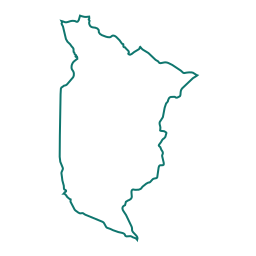 Adamaoua, Robinson projection, rotated 91°
{"feature_id": "CMR-1482", "entity_name": "Adamaoua", "entity_type": "Province", "adm_level": 1, "iso_a3": "CMR", "parent_name": "Cameroon", "parent_adm1": "", "projection": "robinson", "projection_center": [13.021, 7.091], "detail": "fine", "context": "isolated", "style": "outline", "palette": "teal", "viewbox_px": 256, "rotation_deg": 91, "n_neighbors": 0, "source": "natural_earth", "source_scale": "10m", "svg_char_len": 4169}
<svg xmlns="http://www.w3.org/2000/svg" viewBox="0 0 256 256"><g transform="rotate(91 128 128)"><path d="M55.9,105.4L59.4,101.6L60.8,99.1L61.7,98.4L62.4,97.7L62.6,96.5L61.8,92.8L61.7,91.5L61.9,90.1L62.3,88.8L64.2,84.8L69.7,76.2L71.8,73.8L72.1,72.9L71.9,71.8L71.6,70.3L71.3,67.9L71.3,65.5L71.6,64.0L73.8,60.4L74.1,59.6L74.7,60.3L77.0,63.9L87.5,74.6L88.8,75.4L90.0,75.8L91.4,76.0L93.4,76.1L94.2,76.2L95.1,76.5L95.6,77.1L96.7,79.2L96.8,79.9L96.8,80.5L96.5,81.1L96.1,81.6L96.0,82.3L96.1,83.7L96.2,85.6L96.6,86.6L97.1,87.2L97.8,87.7L99.1,88.2L99.8,88.5L100.4,88.5L101.7,89.3L102.7,90.3L107.1,91.7L115.9,93.2L116.7,93.4L121.4,96.3L122.2,96.5L123.0,96.5L124.2,96.3L125.5,95.9L127.1,95.6L129.9,95.8L130.3,95.0L130.5,92.6L130.6,91.8L130.8,91.3L131.3,90.6L131.7,89.9L132.3,89.5L136.2,90.5L137.7,91.7L138.2,92.5L139.1,93.4L140.1,94.0L141.3,94.6L144.2,96.7L144.9,96.9L145.5,96.6L146.2,95.8L146.7,95.3L148.7,94.5L149.3,94.2L150.6,93.3L151.4,92.9L152.4,92.7L153.2,92.8L154.5,93.3L155.1,93.4L155.8,93.3L162.1,91.7L163.3,91.6L164.0,91.7L164.6,92.5L164.7,95.2L165.1,95.8L165.7,96.3L167.1,96.7L176.7,97.9L177.2,98.2L177.6,98.7L178.1,100.9L178.3,101.6L178.6,102.1L178.9,102.5L181.2,104.5L181.8,105.1L182.1,105.7L182.2,106.7L183.3,108.7L186.2,112.2L187.2,113.1L187.9,113.5L188.7,114.3L189.5,116.3L189.7,119.7L189.6,120.5L189.4,121.3L189.5,122.3L190.0,122.9L190.6,123.2L191.2,123.4L192.6,123.4L196.6,123.0L197.3,123.1L198.1,123.4L198.9,124.0L199.5,124.8L200.1,125.8L200.4,126.6L201.8,128.8L205.2,129.6L206.0,131.0L206.4,131.4L207.1,131.9L207.8,132.1L208.4,132.2L209.0,132.0L209.7,131.9L210.3,131.6L211.0,131.2L215.1,128.4L226.5,122.7L227.4,122.4L228.3,122.2L229.1,122.2L230.4,122.1L231.2,121.7L232.0,121.2L235.4,117.9L236.6,117.0L237.5,116.7L238.2,116.6L238.9,116.7L239.3,116.9L239.4,117.0L239.5,117.0L238.2,118.2L237.2,121.2L236.4,122.6L236.2,123.3L236.1,123.9L236.4,127.5L236.2,128.1L235.8,128.8L234.5,129.4L234.0,129.8L233.4,130.8L233.0,132.0L232.2,135.9L230.4,141.3L229.2,143.9L228.3,146.7L227.9,147.6L227.2,148.2L223.9,150.1L223.0,150.7L222.3,151.7L221.7,153.2L215.4,169.3L214.0,171.5L213.9,172.2L214.1,173.6L214.2,174.3L214.0,175.0L213.5,176.1L211.4,179.1L210.6,179.9L202.7,184.2L200.4,184.1L200.0,185.1L199.1,186.3L197.5,188.1L196.7,188.3L195.4,189.7L194.7,190.5L194.8,190.7L194.8,191.1L194.7,191.0L193.5,190.3L192.6,189.0L192.1,188.8L191.6,188.9L191.2,189.3L191.0,189.7L190.7,190.2L190.4,190.7L189.6,191.0L186.8,191.2L181.6,192.7L178.7,193.1L174.2,193.8L173.2,193.6L170.5,192.5L169.6,192.4L168.8,192.6L163.0,195.1L158.0,195.8L136.4,196.0L109.7,196.0L95.6,196.0L89.9,195.8L88.6,195.2L88.4,194.8L88.0,194.2L87.1,193.1L86.8,192.7L86.7,192.2L86.5,191.5L86.3,190.9L85.9,190.2L85.3,189.6L78.3,183.8L77.4,183.4L76.3,183.1L74.2,183.1L73.1,183.4L72.2,183.8L70.9,184.7L70.3,185.1L69.7,185.3L69.0,185.5L67.8,185.5L66.4,185.4L65.5,185.1L64.7,184.8L63.4,184.1L62.2,183.0L60.4,180.8L60.1,180.4L59.8,179.9L58.3,180.0L57.7,180.2L57.7,180.5L57.8,181.3L57.7,181.5L57.3,181.7L57.1,181.5L56.9,181.2L56.4,181.1L56.0,181.3L55.2,182.5L54.5,182.8L53.8,182.9L53.4,183.1L53.2,183.4L52.9,183.7L51.8,183.8L50.7,183.8L49.5,184.0L48.5,184.7L47.5,185.7L45.3,187.3L42.7,190.1L41.4,190.8L41.0,191.1L40.1,191.6L27.6,194.8L25.7,195.9L24.6,196.2L23.7,195.8L23.1,195.9L22.2,196.4L22.5,195.2L23.4,192.6L23.4,191.6L23.1,190.2L22.2,187.5L21.9,186.1L21.8,185.0L21.9,183.6L22.0,182.9L22.6,181.5L22.7,180.8L22.5,180.2L21.6,179.5L20.9,179.1L16.5,177.9L17.0,176.4L17.6,173.7L17.7,172.0L17.3,168.8L19.0,168.6L19.3,168.7L19.9,169.1L20.3,169.2L20.6,169.0L21.2,168.4L21.4,168.3L22.0,168.4L23.2,168.7L23.8,168.7L25.1,168.4L26.6,167.6L27.6,166.4L28.0,165.0L28.3,162.4L29.1,160.3L30.6,159.0L32.8,158.8L34.3,157.8L35.6,155.8L37.1,151.6L37.5,149.9L37.6,148.2L37.4,147.1L36.2,145.6L35.8,144.6L36.1,143.0L37.1,141.4L40.5,137.9L43.7,135.6L43.9,135.3L44.1,134.5L44.3,134.2L44.6,134.1L45.1,134.2L45.7,134.0L46.6,134.0L47.0,133.8L47.3,133.3L47.4,132.7L47.5,132.2L48.4,131.6L50.7,129.2L51.3,128.7L52.1,128.5L52.7,128.5L53.2,128.8L53.7,129.0L54.2,128.7L54.7,127.3L54.0,125.7L51.9,123.1L49.1,118.6L48.4,117.9L47.1,117.6L46.7,117.2L47.2,116.7L48.2,115.9L49.3,114.7L52.7,108.9L55.9,105.4Z" fill="none" stroke="#0f766e" stroke-width="2"/></g></svg>